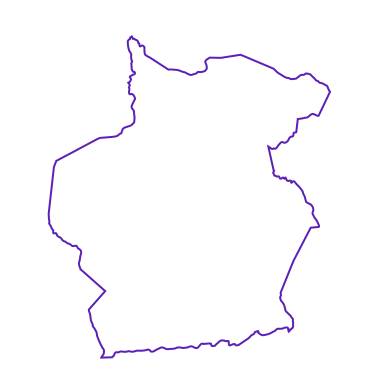 San Luis, Santa Bárbara, Honduras, rotated 356°
{"feature_id": "27666195B34299357047893", "entity_name": "San Luis", "entity_type": "district", "adm_level": 2, "iso_a3": "HND", "parent_name": "Honduras", "parent_adm1": "Santa Bárbara", "projection": "mercator", "projection_center": [-88.473, 15.119], "detail": "fine", "context": "isolated", "style": "outline", "palette": "violet", "viewbox_px": 384, "rotation_deg": 356, "n_neighbors": 0, "source": "geoboundaries", "source_scale": "gbopen_adm2", "svg_char_len": 5949}
<svg xmlns="http://www.w3.org/2000/svg" viewBox="0 0 384 384"><g transform="rotate(356 192 192)"><path d="M204.1,347.0L205.4,345.7L207.1,344.5L208.9,343.0L210.5,342.2L211.1,342.1L213.6,342.4L214.5,342.9L215.4,343.2L217.0,343.1L218.0,343.3L218.1,343.5L218.1,345.4L218.3,347.2L218.8,347.6L219.8,347.6L222.2,346.7L224.0,346.6L224.7,347.7L225.1,348.0L225.7,348.1L227.8,347.9L238.3,341.8L241.1,339.2L243.8,337.9L244.4,337.3L244.7,336.5L245.2,336.0L247.8,335.4L248.3,335.4L248.5,335.7L248.6,336.2L248.3,336.7L248.3,337.0L249.5,338.1L250.5,338.9L251.6,339.5L252.5,339.8L253.4,339.8L256.7,339.4L259.6,338.7L265.2,336.2L266.7,335.0L267.8,334.4L268.7,334.4L269.9,334.6L271.7,334.6L273.2,334.5L274.4,333.9L277.2,333.7L277.9,334.1L278.3,334.5L278.5,337.2L278.8,338.0L279.8,337.2L280.3,336.0L280.5,336.0L280.8,336.1L281.0,336.0L282.3,334.8L283.1,334.4L283.3,333.2L283.6,332.5L283.6,330.6L283.8,329.7L283.6,327.7L283.8,325.8L283.4,325.1L282.5,324.0L281.9,322.6L277.5,317.7L277.0,316.8L276.2,311.9L275.4,309.9L274.8,308.8L274.1,307.7L273.6,307.2L273.2,306.6L272.8,305.2L272.6,303.8L272.6,303.2L272.9,302.4L273.6,301.3L273.4,299.1L273.5,298.4L288.3,268.0L307.9,235.9L315.9,235.7L316.3,235.4L316.4,234.8L315.9,232.9L314.4,229.1L312.3,225.8L310.7,222.0L310.9,220.9L311.7,218.8L311.8,218.2L311.7,216.7L311.4,215.4L310.6,213.9L309.6,212.7L306.5,210.9L305.1,209.8L304.2,204.7L302.8,201.2L302.7,200.1L302.4,199.3L302.1,198.6L299.5,194.5L297.2,192.0L295.0,188.9L294.5,188.5L293.9,188.4L293.2,188.5L292.2,189.6L291.8,189.7L291.5,188.9L291.8,188.2L291.3,187.7L290.4,187.4L289.0,187.7L288.1,187.5L287.6,187.2L287.1,186.3L286.6,184.7L286.3,184.2L285.9,184.3L285.4,184.8L285.0,185.1L283.8,183.9L282.1,184.8L281.0,184.9L280.4,184.0L280.2,183.2L279.8,182.6L279.0,182.4L277.7,182.5L277.1,182.2L276.7,181.7L275.5,181.4L275.3,181.3L274.7,179.3L274.4,178.9L274.3,178.5L274.5,177.9L275.3,176.9L275.5,176.5L274.9,175.8L271.3,152.0L273.3,153.4L274.0,154.3L274.6,154.6L275.5,154.7L275.9,154.4L276.7,154.2L277.8,154.6L278.4,154.6L280.0,153.3L281.4,151.4L283.8,149.1L284.6,148.6L285.5,148.4L287.0,149.2L288.3,149.4L289.7,148.8L290.5,148.3L291.4,147.4L293.0,144.8L293.8,144.1L294.8,143.6L295.5,143.8L296.5,143.5L297.1,142.5L297.4,140.7L297.6,140.1L298.1,139.9L299.6,139.8L300.2,139.5L302.6,126.6L307.0,126.3L312.7,125.5L315.2,123.6L316.7,122.8L317.5,122.5L318.3,122.6L319.3,123.0L322.4,124.7L323.6,124.8L336.7,101.6L335.6,99.9L334.5,96.3L334.1,95.6L329.7,92.7L327.0,91.9L326.3,91.2L325.6,90.3L323.5,89.3L322.1,87.2L321.0,86.1L318.1,82.8L315.5,82.0L314.0,81.7L312.1,82.8L310.9,82.9L309.6,82.8L308.4,83.1L303.6,86.2L301.6,86.3L298.5,86.3L297.4,85.7L296.5,85.1L294.5,84.7L292.3,83.6L285.8,78.9L282.0,74.7L252.3,59.6L249.8,58.5L230.2,60.2L219.0,59.2L215.6,61.1L214.9,61.9L214.5,62.5L214.3,63.5L215.3,66.5L215.5,69.3L215.1,70.3L213.5,72.1L212.9,72.4L209.4,73.0L206.3,72.7L205.7,73.0L205.0,73.8L204.5,74.0L202.2,74.6L199.5,75.2L198.9,75.2L198.3,75.0L196.1,73.9L193.2,72.1L190.9,71.4L187.8,69.9L185.2,69.1L183.7,68.9L178.8,68.2L177.1,68.3L159.3,54.9L156.9,53.5L154.9,51.8L154.5,50.8L154.4,46.9L154.6,45.5L154.6,44.3L154.3,43.7L153.7,43.0L153.0,42.5L152.2,42.4L151.5,42.6L150.8,43.1L150.2,43.0L149.9,42.5L149.6,40.1L148.9,39.7L148.6,38.0L148.0,37.2L147.3,36.6L145.9,36.0L145.1,35.1L143.9,35.2L143.5,34.8L143.3,33.5L142.8,32.7L142.7,32.8L141.2,33.5L140.9,35.0L139.7,35.5L138.4,37.0L138.4,41.7L138.7,44.2L139.3,46.8L139.6,47.5L140.5,49.0L141.0,50.4L140.7,52.6L140.8,55.6L140.9,56.4L141.3,57.0L141.4,57.6L141.3,57.9L140.4,59.3L140.5,62.5L140.4,65.3L141.3,67.5L141.9,68.0L142.9,68.2L143.3,68.9L143.4,69.5L143.2,70.1L142.6,70.6L142.2,70.7L141.4,70.8L140.5,71.3L138.9,72.0L138.1,72.6L138.0,73.4L138.8,74.4L139.0,75.2L138.9,75.8L138.2,77.0L137.3,78.1L136.8,78.5L136.2,78.3L136.0,78.5L137.3,80.7L137.4,81.3L137.3,81.6L136.8,82.3L136.4,83.2L136.8,85.0L136.2,87.2L136.1,88.7L136.3,89.5L136.5,89.9L136.9,90.2L137.3,90.2L137.8,90.0L138.6,90.0L139.2,90.2L139.8,90.7L140.4,91.4L140.9,92.2L141.4,93.6L141.7,94.6L141.6,95.3L139.7,98.4L137.9,101.8L137.7,102.8L137.7,103.5L137.9,104.3L139.4,106.4L139.8,108.0L139.7,110.0L139.9,113.7L139.3,117.9L139.1,118.6L136.7,120.7L135.7,121.4L129.1,123.1L128.1,123.7L127.5,124.2L127.1,124.7L126.7,126.0L126.1,126.9L125.7,128.3L125.2,128.6L124.0,129.0L121.6,130.7L120.0,131.2L118.5,131.3L115.6,131.5L104.4,131.6L101.9,132.3L58.8,151.5L56.0,157.4L47.5,203.7L47.4,208.8L47.7,211.4L47.3,213.5L49.0,216.6L49.5,218.6L50.1,219.6L50.9,220.4L50.7,222.6L50.8,223.2L51.0,223.5L51.3,223.7L52.9,223.5L53.5,223.7L54.1,224.5L54.2,225.6L54.7,226.3L55.7,227.3L57.4,228.2L57.9,228.7L58.6,229.5L59.6,231.3L60.5,231.9L61.7,232.5L64.8,234.8L66.0,235.1L66.6,235.5L68.7,237.4L69.6,237.7L72.1,237.5L73.0,237.7L73.4,238.2L74.4,240.3L75.6,241.1L76.7,242.2L77.0,242.8L77.2,243.4L77.2,244.9L75.9,249.0L75.5,251.2L74.5,254.3L74.2,255.7L74.4,257.6L75.3,260.6L75.3,261.2L98.5,284.8L80.9,302.1L80.9,303.6L81.6,305.9L81.9,307.9L82.2,313.2L83.7,317.3L83.8,318.0L83.6,318.3L83.7,318.8L84.1,319.7L85.0,321.0L86.7,324.5L87.0,325.5L87.3,328.8L88.4,332.6L90.0,337.0L91.8,341.2L92.2,341.8L92.6,342.3L93.2,344.0L92.7,347.1L92.2,347.9L90.2,350.4L90.0,350.9L100.6,351.3L101.5,350.7L102.6,349.8L103.1,349.1L103.5,347.8L104.0,347.2L104.8,346.7L105.3,346.6L107.4,346.8L108.8,346.3L110.4,346.1L111.1,346.2L112.5,346.6L114.6,346.8L117.9,346.4L120.7,347.1L121.4,347.2L122.8,347.1L125.9,346.4L130.3,346.8L132.2,346.8L134.9,346.6L136.3,346.2L137.1,346.1L138.4,346.5L139.8,348.2L140.4,348.4L141.4,348.5L142.9,348.2L145.7,346.7L147.0,346.3L149.8,345.1L151.2,344.9L152.1,345.1L155.8,347.0L156.9,347.1L159.2,347.0L162.2,347.1L163.6,347.0L166.4,346.2L168.1,346.1L169.1,346.2L172.1,347.0L175.0,346.9L176.3,346.8L179.5,345.9L180.7,345.9L181.7,346.2L184.2,347.7L185.7,348.0L186.4,347.9L187.1,347.6L190.0,344.6L190.9,344.1L191.5,344.0L192.0,344.0L192.8,344.4L193.3,344.4L197.3,344.3L199.2,344.4L200.1,344.5L200.4,344.8L200.5,346.0L200.8,346.7L201.4,347.0L201.9,347.2L204.1,347.0Z" fill="none" stroke="#5b21b6" stroke-width="2"/></g></svg>